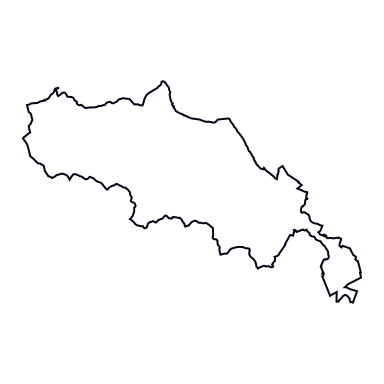 the district of Garcina, Neamt, Romania
{"feature_id": "2599482B24774120004801", "entity_name": "Garcina", "entity_type": "district", "adm_level": 2, "iso_a3": "ROU", "parent_name": "Romania", "parent_adm1": "Neamt", "projection": "orthographic", "projection_center": [26.305, 47.002], "detail": "fine", "context": "isolated", "style": "outline", "palette": "ink", "viewbox_px": 384, "rotation_deg": 0, "n_neighbors": 0, "source": "geoboundaries", "source_scale": "gbopen_adm2", "svg_char_len": 5983}
<svg xmlns="http://www.w3.org/2000/svg" viewBox="0 0 384 384"><path d="M341.2,238.9L338.8,237.6L338.7,237.9L336.3,237.8L333.8,238.4L329.6,237.9L327.5,238.2L327.0,238.0L325.9,235.4L324.9,235.3L324.4,234.6L323.9,234.7L324.7,236.3L319.7,234.3L319.4,233.4L318.4,232.3L319.2,231.9L320.7,230.2L322.3,225.7L319.8,225.1L317.9,224.0L313.7,223.1L312.5,222.4L311.2,221.5L310.3,220.4L309.5,218.0L309.4,216.3L308.1,214.4L306.2,213.5L305.7,212.9L304.6,212.3L303.5,212.2L302.1,212.8L301.1,212.1L301.0,209.8L301.5,207.3L302.6,206.0L303.2,206.2L304.6,204.5L304.9,204.0L305.3,200.0L305.6,199.6L307.2,199.1L307.4,198.6L306.1,198.3L306.5,194.6L306.8,194.6L307.3,192.2L304.5,191.6L297.4,188.5L301.7,185.1L298.5,182.5L298.0,181.9L298.4,181.6L298.1,181.4L287.8,174.6L282.6,166.1L279.2,168.2L278.3,169.5L278.7,171.4L278.2,172.7L278.0,174.3L277.4,174.8L277.4,176.4L276.8,179.2L275.2,178.3L274.0,176.8L269.0,172.6L267.0,171.4L266.1,170.4L265.0,169.5L264.6,168.5L264.1,168.0L263.9,168.9L263.3,169.3L262.0,168.8L261.2,168.9L259.8,167.8L258.4,166.1L256.4,164.3L255.9,162.5L255.2,161.9L254.6,160.4L253.8,159.7L253.9,158.2L253.5,157.3L252.3,156.3L251.8,154.7L250.3,152.6L250.2,152.0L249.1,151.3L248.4,150.0L247.3,146.6L245.7,144.8L245.5,143.3L242.4,137.7L239.2,133.4L238.3,132.3L237.5,131.8L236.6,129.5L235.9,128.5L234.2,126.9L232.8,124.2L231.2,122.4L229.3,118.8L227.7,118.5L218.2,119.5L217.2,120.1L215.5,122.1L214.0,122.7L208.9,121.7L205.8,121.8L199.3,119.5L191.4,118.4L187.4,116.8L186.7,116.2L183.8,115.4L184.0,115.0L183.6,114.7L179.6,113.2L177.1,111.8L175.8,111.0L174.6,108.7L173.3,107.0L173.9,106.2L172.6,105.5L172.1,104.8L172.8,103.4L171.6,102.5L170.5,99.4L169.6,94.6L170.3,92.4L169.4,90.4L168.6,87.1L167.0,85.2L164.9,82.2L163.7,81.4L162.8,81.4L161.7,81.7L160.9,84.8L158.6,86.5L157.4,87.9L150.2,92.2L148.2,93.5L146.3,95.3L144.4,99.0L143.8,101.7L142.5,105.4L139.8,105.2L138.3,104.4L134.2,104.3L129.5,99.0L125.3,98.6L123.6,98.2L122.1,98.3L120.8,99.0L119.4,99.1L118.0,100.2L116.9,101.5L113.3,103.3L111.6,103.1L111.3,102.5L110.4,101.9L108.3,102.1L106.0,103.2L105.1,104.8L102.7,105.3L101.2,105.9L98.6,106.0L96.7,107.1L94.0,107.4L90.4,107.4L85.1,108.0L81.3,104.8L80.0,105.3L78.2,104.8L76.8,103.6L76.9,101.9L74.7,100.4L73.2,97.7L71.5,97.0L67.8,96.8L67.2,96.3L66.3,94.5L64.9,92.7L62.4,92.7L60.3,94.8L58.1,96.0L57.0,93.8L57.1,92.4L56.2,91.1L56.0,90.4L56.4,89.2L58.2,88.1L58.1,87.8L55.3,88.6L55.0,89.0L54.2,91.3L53.2,93.0L50.6,95.0L49.2,97.5L47.7,98.9L46.2,99.4L45.1,100.6L44.5,100.5L44.1,100.1L43.6,100.8L40.4,101.4L37.6,102.9L31.4,103.4L28.4,104.9L27.0,105.0L28.7,111.9L30.3,113.2L31.1,114.4L31.3,115.1L31.5,116.7L32.4,119.8L30.8,123.6L28.9,125.9L28.9,127.7L30.2,132.5L28.3,133.6L25.5,136.1L24.0,137.0L23.0,138.6L25.4,141.6L27.1,144.6L27.9,146.7L30.3,156.3L32.9,158.3L37.9,163.3L40.0,163.5L42.7,165.0L43.8,166.1L44.9,171.2L46.0,172.4L46.5,173.7L47.3,174.4L48.2,176.1L50.7,176.9L52.0,178.0L54.4,176.9L56.8,175.0L58.8,174.6L61.0,173.7L63.1,173.8L66.9,175.3L68.9,178.1L69.7,179.7L71.2,177.0L73.3,174.4L75.1,174.1L78.4,175.3L79.7,176.1L82.2,176.8L83.7,178.3L86.3,179.4L87.7,178.8L89.5,177.0L90.4,176.8L91.3,177.5L93.5,178.3L95.5,180.3L97.3,181.5L101.5,183.1L104.5,187.0L106.3,189.0L107.1,189.6L107.5,189.6L109.4,187.3L112.9,185.5L114.0,185.5L116.2,183.9L117.9,184.3L119.4,185.4L121.2,186.0L123.1,187.3L124.4,187.7L125.5,187.7L128.3,190.1L129.9,192.3L130.1,194.5L130.6,195.3L130.6,195.8L131.8,197.5L130.8,200.8L130.8,201.3L132.6,202.3L133.6,202.5L134.6,203.3L135.0,203.9L135.6,205.7L135.3,206.6L134.0,208.0L134.3,209.7L134.1,211.5L132.8,215.7L131.9,217.0L129.9,219.1L131.6,220.2L134.2,222.6L135.3,224.1L137.1,225.3L141.0,226.2L142.8,226.2L143.1,226.4L143.3,227.3L144.3,228.1L144.8,228.3L146.0,228.0L147.1,226.8L147.0,226.3L148.3,223.3L149.8,222.1L151.2,221.9L153.0,221.1L155.7,222.6L157.1,221.6L158.1,220.1L159.7,219.7L160.4,219.1L162.4,218.7L165.0,215.6L166.3,215.7L168.7,218.0L171.1,218.7L172.2,218.2L172.3,217.5L173.2,216.9L179.0,217.9L179.6,217.7L182.0,220.0L182.7,221.9L184.3,223.5L184.9,226.3L185.4,226.6L187.7,225.6L188.9,225.4L189.3,224.6L191.7,222.1L192.8,221.4L195.0,220.8L195.9,220.8L196.8,221.2L197.0,221.6L198.8,222.8L201.0,222.8L203.0,223.3L206.0,223.0L208.5,224.4L212.9,228.2L212.7,228.5L213.1,229.5L212.9,232.1L213.3,234.1L212.6,237.3L213.3,238.7L214.3,239.2L216.3,239.4L217.5,240.8L217.6,244.3L219.6,247.0L219.7,247.7L219.3,249.3L219.8,251.9L220.3,253.5L220.2,254.1L220.5,254.7L224.7,253.6L226.7,253.7L228.1,252.5L229.1,250.7L231.2,248.7L235.1,247.5L238.2,246.9L242.6,247.0L245.1,248.0L249.4,248.7L249.6,249.0L249.4,249.6L249.5,250.3L249.8,250.7L249.3,252.2L249.3,254.7L250.3,256.0L250.3,256.6L253.3,259.0L255.4,261.8L256.1,264.4L256.3,266.2L258.0,268.5L258.9,267.8L263.9,265.7L266.1,266.4L268.5,266.2L271.0,267.2L272.9,267.0L273.2,266.6L273.0,265.6L272.1,264.5L274.3,261.4L274.8,261.2L275.1,259.1L274.6,256.9L277.4,255.9L278.9,254.6L279.1,253.8L285.0,245.3L285.3,244.6L285.0,244.4L285.1,244.0L290.1,235.0L293.1,235.6L293.6,233.0L294.4,231.9L293.8,230.0L294.3,229.8L295.9,230.5L296.8,231.9L302.0,229.8L303.3,229.7L303.3,230.0L305.3,230.5L306.7,229.8L306.8,230.4L307.3,231.2L309.5,233.1L309.8,235.2L310.7,235.5L311.9,236.4L314.2,236.7L315.1,237.8L315.3,238.6L315.8,239.4L317.6,240.4L320.5,241.3L322.5,244.3L324.6,246.0L326.1,248.7L326.7,249.1L328.1,251.8L328.2,254.5L328.9,256.3L328.3,258.4L326.8,259.2L325.9,259.2L325.1,259.8L324.2,259.3L323.6,260.1L320.8,266.1L320.8,266.4L321.4,266.3L321.3,267.8L322.8,271.7L322.8,272.3L322.5,273.2L323.4,272.6L323.5,272.8L323.6,274.4L323.3,275.8L322.2,276.8L323.3,278.8L330.1,295.8L336.7,292.0L336.5,301.7L338.3,301.7L339.5,300.0L341.7,297.8L342.8,296.2L345.1,294.9L345.7,295.0L347.7,296.3L349.6,298.6L349.9,300.8L350.4,302.2L351.7,302.0L352.9,302.6L357.1,291.2L350.5,289.3L346.1,287.2L344.9,287.2L347.8,284.3L361.0,277.6L360.0,272.8L360.8,272.5L358.3,262.6L357.7,261.0L356.4,260.5L355.3,259.2L356.1,257.0L352.9,254.6L352.5,253.3L351.7,252.1L350.0,248.4L342.5,245.8L341.5,247.4L339.4,245.8L339.6,244.1L341.2,238.9Z" fill="none" stroke="#020617" stroke-width="2"/></svg>